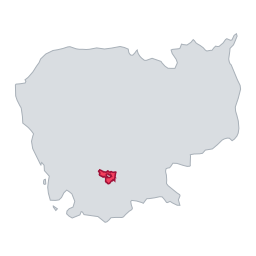 Samraong Tong, Kâmpóng Spœ, Cambodia shown in context
{"feature_id": "14789045B32587408754767", "entity_name": "Samraong Tong", "entity_type": "district", "adm_level": 2, "iso_a3": "KHM", "parent_name": "Cambodia", "parent_adm1": "Kâmpóng Spœ", "projection": "albers", "projection_center": [104.483, 11.45], "detail": "fine", "context": "in_parent", "style": "filled", "palette": "rose", "viewbox_px": 256, "rotation_deg": 0, "n_neighbors": 0, "source": "geoboundaries", "source_scale": "gbopen_adm2", "svg_char_len": 5886}
<svg xmlns="http://www.w3.org/2000/svg" viewBox="0 0 256 256"><path d="M236.4,33.7L237.1,36.1L235.3,40.6L233.5,44.8L230.0,48.4L229.8,51.1L228.7,59.0L229.2,61.6L230.0,63.7L231.2,64.9L234.4,72.6L237.3,79.6L240.1,85.4L240.6,89.1L238.2,98.4L235.3,107.0L235.6,111.2L236.9,115.5L238.3,121.1L238.9,128.4L238.2,133.1L236.9,136.1L234.4,139.1L232.1,140.7L229.4,138.2L227.2,138.1L224.3,138.9L222.1,140.1L217.5,144.6L212.4,148.9L205.3,150.1L202.5,153.3L199.6,153.8L194.0,154.0L190.3,154.7L190.5,156.3L190.2,163.9L190.3,165.7L189.7,166.2L187.2,166.4L182.9,165.3L177.0,163.4L172.9,163.2L170.7,166.5L169.5,167.8L167.9,168.0L166.2,168.6L165.7,170.1L165.6,171.9L166.4,175.1L166.7,180.1L166.5,183.5L168.1,185.7L177.0,192.9L179.7,194.7L180.0,195.8L178.4,199.8L179.9,205.3L177.1,205.2L172.4,202.9L170.1,201.4L167.4,202.6L166.5,202.4L164.6,199.7L162.2,196.9L159.8,196.7L154.6,197.8L149.2,198.6L147.2,198.6L146.4,199.1L143.3,203.3L142.0,202.6L136.6,201.0L131.7,200.4L130.7,201.5L131.3,204.9L132.4,208.2L131.8,209.6L129.1,211.3L125.6,214.5L123.4,216.9L121.9,217.5L116.4,217.4L111.0,217.7L108.9,220.1L106.9,221.8L105.1,222.3L98.0,216.6L84.0,214.6L82.5,212.1L81.2,211.6L79.9,214.9L72.2,218.0L69.0,216.1L66.6,213.8L67.0,211.0L69.2,208.7L73.0,207.1L74.8,201.3L71.9,193.9L69.4,191.8L66.7,190.1L63.9,192.8L61.5,197.5L59.0,199.9L55.5,200.4L50.3,200.2L48.4,193.2L47.7,187.2L48.5,180.3L49.3,176.2L44.4,170.6L44.1,165.3L41.7,162.5L41.0,163.9L41.1,165.4L40.4,164.3L32.7,148.6L31.5,141.3L32.9,135.7L33.6,133.9L31.4,130.9L28.3,127.5L22.8,123.1L22.4,116.2L21.2,108.0L19.6,105.2L17.1,100.2L15.7,96.0L15.4,85.0L16.1,84.1L20.0,83.8L25.1,83.0L25.9,81.3L25.0,79.8L28.2,77.3L32.9,71.9L36.5,66.2L39.1,62.6L40.6,59.0L45.8,54.0L53.0,50.5L57.8,49.7L62.9,48.5L67.8,46.9L70.0,46.7L76.1,48.8L79.3,49.3L82.7,49.3L86.2,49.5L89.3,49.3L96.7,47.9L104.5,49.0L111.5,48.1L120.1,46.5L124.4,47.5L128.2,49.1L128.8,52.5L129.7,54.0L130.9,55.2L132.7,55.2L134.9,52.9L136.7,50.4L137.3,50.0L137.4,51.2L138.3,53.8L140.0,56.4L141.6,58.1L144.4,60.3L146.2,60.4L152.1,58.3L161.0,61.4L162.0,62.9L164.9,66.1L168.0,68.3L174.9,68.4L177.4,62.8L176.2,59.4L172.2,53.5L171.1,50.0L172.4,49.4L179.0,48.7L180.1,48.0L181.5,44.1L183.3,44.6L187.0,45.0L190.9,42.4L193.2,39.6L194.5,40.8L195.9,42.8L197.4,43.9L200.2,45.5L203.3,47.8L205.3,50.1L206.8,51.0L210.8,50.3L211.9,50.4L214.1,47.6L215.7,46.1L217.1,46.5L219.1,46.4L223.2,42.9L225.5,39.6L226.8,38.7L230.5,40.3L232.0,39.9L234.1,35.4L236.4,33.7ZM45.8,183.9L45.0,184.3L44.3,184.3L43.6,183.7L43.6,181.1L44.2,179.6L45.4,179.3L45.8,183.9ZM57.4,208.8L55.8,210.5L53.3,207.0L53.3,206.0L57.4,208.8Z" fill="#d9dde1" stroke="#a8b0b8" stroke-width="1"/><path d="M109.7,183.2L109.9,183.0L110.0,182.8L110.3,182.4L110.8,181.7L111.1,181.4L111.5,180.9L112.3,180.9L112.5,180.8L112.6,180.7L112.3,180.5L112.3,180.4L112.5,180.2L112.8,180.2L112.9,179.9L113.0,179.9L113.2,179.7L113.3,179.5L113.5,179.5L113.9,179.9L114.1,180.2L114.3,180.4L114.7,180.8L114.7,180.7L114.8,179.4L114.7,178.8L114.9,177.5L115.0,177.5L114.9,177.4L115.1,176.4L115.2,175.7L115.3,175.0L115.2,175.0L115.2,174.9L115.3,174.7L115.4,174.1L115.5,173.7L115.6,173.2L115.8,172.6L115.8,172.4L115.9,172.2L115.7,172.0L115.4,172.0L115.0,172.2L114.8,172.2L114.5,172.1L114.4,172.1L114.1,172.2L113.9,172.3L113.2,172.3L112.3,172.2L112.0,172.1L111.8,172.0L111.7,171.9L111.6,171.7L111.3,171.6L111.0,171.6L110.9,171.6L110.7,171.7L110.5,171.8L110.3,172.0L110.2,172.2L110.2,172.3L109.9,172.1L109.7,172.0L109.4,172.1L109.2,172.0L109.1,171.9L108.9,171.8L108.8,171.7L108.7,171.7L108.4,171.7L108.2,171.7L108.2,171.4L108.2,171.1L107.8,171.0L107.7,170.9L107.5,171.0L107.4,171.1L107.2,171.3L107.0,171.5L106.9,171.8L106.4,171.9L105.9,172.3L105.3,172.0L105.1,171.9L104.4,171.9L104.2,171.9L103.5,171.9L103.4,171.9L103.2,171.8L103.1,171.7L102.9,171.4L102.8,171.2L102.7,171.2L102.4,171.1L102.0,171.0L101.4,170.6L101.2,170.5L100.7,170.2L99.8,169.9L99.8,170.0L99.8,170.3L99.7,170.4L99.4,170.5L99.2,170.5L98.9,170.7L98.9,170.9L98.8,171.1L98.7,171.2L98.6,171.3L98.6,171.5L98.8,171.7L99.0,171.8L99.1,172.0L99.4,172.3L99.5,172.4L99.7,172.5L99.7,172.8L99.6,173.0L99.7,173.3L99.8,173.5L99.5,174.0L99.5,174.3L99.5,174.5L99.4,174.7L99.5,174.8L99.6,175.0L99.8,175.2L99.8,175.3L100.2,175.5L100.3,175.6L100.6,175.8L100.9,175.8L101.1,176.0L101.3,176.0L101.5,176.2L101.6,176.3L101.8,176.3L102.0,176.4L102.3,176.4L102.4,176.5L102.5,176.6L102.8,176.6L102.7,176.7L102.6,176.8L102.8,177.0L103.0,177.1L103.3,177.1L103.6,176.9L103.9,176.8L104.0,176.8L104.1,176.7L104.2,176.9L104.3,176.9L104.6,176.8L104.8,176.9L105.0,177.0L105.3,177.1L105.4,177.3L105.5,177.4L105.5,177.5L105.7,177.8L105.6,178.0L105.7,178.5L105.7,179.4L105.7,179.9L105.7,180.3L105.6,180.6L105.6,180.8L105.7,181.1L105.8,181.2L105.6,181.6L105.7,181.8L105.9,181.8L106.0,181.8L106.4,182.1L106.6,182.4L106.6,182.5L106.9,182.5L107.0,182.5L107.3,182.7L107.3,182.8L107.4,183.0L107.5,183.1L107.6,183.3L107.8,183.4L107.9,183.6L108.0,183.7L108.6,183.7L108.9,183.6L109.6,183.3L109.7,183.2ZM107.4,174.0L107.6,174.0L107.9,174.1L108.0,174.1L108.3,174.1L108.4,174.3L108.6,174.5L108.8,174.7L109.1,174.5L109.3,174.5L109.5,174.5L109.4,174.5L109.2,174.7L109.2,174.9L109.4,174.9L109.4,175.0L109.5,175.0L109.5,174.9L109.7,175.1L109.8,175.1L110.0,175.0L110.1,174.9L110.3,174.9L110.5,174.8L110.8,174.9L110.8,175.0L110.9,175.3L110.9,175.5L110.8,175.4L110.8,175.5L110.6,175.5L110.7,175.8L110.8,175.8L111.2,175.8L111.2,176.2L111.2,176.3L111.3,176.4L111.4,176.5L111.1,176.6L110.9,176.5L110.7,176.5L110.6,176.8L110.4,177.1L110.2,177.3L109.8,177.4L109.7,177.4L109.6,177.5L109.3,177.6L109.0,177.5L108.9,177.5L108.4,177.5L108.2,177.5L107.8,177.6L107.6,177.6L107.5,177.4L107.5,177.2L107.3,177.3L107.3,177.1L107.2,177.2L107.0,176.9L106.9,176.6L107.0,176.6L106.9,176.6L106.7,176.7L106.6,176.3L106.5,176.0L106.5,175.8L106.3,175.5L106.4,175.4L106.3,175.1L106.4,174.9L106.4,174.7L106.3,174.4L106.5,174.2L106.8,174.1L107.1,174.0L107.4,174.0Z" fill="#f43f5e" stroke="#9f1239" stroke-width="1.5"/></svg>